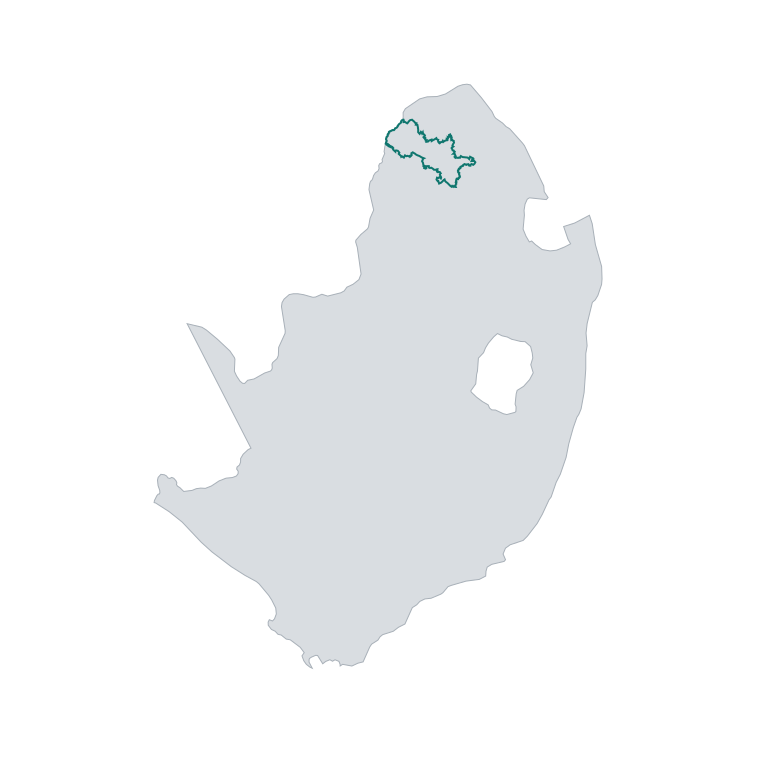 Capricorn, Limpopo, South Africa shown in context, rotated 334°
{"feature_id": "47623444B39961875100415", "entity_name": "Capricorn", "entity_type": "district", "adm_level": 2, "iso_a3": "ZAF", "parent_name": "South Africa", "parent_adm1": "Limpopo", "projection": "natural_earth1", "projection_center": [29.178, -23.544], "detail": "fine", "context": "in_parent", "style": "outline", "palette": "teal", "viewbox_px": 768, "rotation_deg": 334, "n_neighbors": 0, "source": "geoboundaries", "source_scale": "gbopen_adm2", "svg_char_len": 9505}
<svg xmlns="http://www.w3.org/2000/svg" viewBox="0 0 768 768"><g transform="rotate(334 384 384)"><path d="M523.9,145.9L541.0,143.4L548.6,144.8L557.8,148.9L566.4,150.3L581.0,148.8L586.0,149.5L590.0,150.9L592.8,153.1L597.0,169.2L600.5,186.5L600.4,192.0L600.9,194.2L605.0,201.5L606.5,206.1L608.9,209.8L614.1,228.2L614.7,231.4L614.4,276.0L612.3,281.4L613.2,288.4L610.7,289.4L596.3,280.4L593.8,280.7L589.7,284.1L586.0,289.3L584.2,293.8L576.9,305.8L576.4,313.4L576.9,320.0L579.4,320.2L581.1,324.9L585.0,332.4L591.6,337.2L597.8,339.4L606.4,340.0L613.2,339.8L612.8,334.8L614.5,321.2L625.8,322.9L642.6,322.4L641.4,331.2L635.1,351.3L631.1,373.8L626.0,385.2L623.2,389.9L615.0,398.2L610.7,401.0L607.1,401.9L593.1,418.7L587.9,426.8L583.3,438.7L578.7,445.1L571.9,459.0L560.1,479.4L550.2,492.8L545.8,496.7L542.8,498.5L535.0,506.2L523.9,518.7L515.5,529.8L502.9,542.4L495.6,547.9L484.7,558.8L481.6,560.4L469.3,570.4L460.5,576.5L446.2,583.6L440.5,585.6L426.9,583.8L421.2,584.8L416.5,589.0L416.2,595.2L414.2,596.1L401.7,593.3L396.5,593.8L393.6,597.0L391.2,601.2L384.0,601.4L371.2,597.1L356.2,594.5L352.7,594.2L345.5,597.4L343.0,597.8L332.4,597.2L326.5,595.1L320.9,595.1L316.6,596.8L311.4,597.4L297.6,608.9L290.3,609.0L284.0,610.3L272.9,608.7L269.6,609.5L266.3,611.5L258.8,612.4L255.9,614.1L243.4,624.6L238.2,623.5L231.5,623.4L223.9,617.8L221.0,618.2L221.7,616.5L221.9,613.5L219.1,610.4L216.2,610.6L214.5,608.1L210.0,607.8L206.3,608.6L205.3,598.9L203.6,597.9L199.0,597.7L196.8,598.0L195.8,598.9L194.7,601.2L194.9,608.0L193.3,606.0L191.3,601.9L190.6,597.6L191.1,592.4L194.5,590.5L193.3,584.0L187.6,572.8L184.3,570.4L181.6,564.6L179.0,562.5L177.8,558.5L175.2,555.2L174.2,550.1L175.5,547.2L177.6,545.6L179.9,548.1L182.6,547.1L186.4,543.5L188.5,537.9L188.4,528.9L187.7,523.3L184.1,508.8L182.6,505.5L175.2,495.1L166.7,481.3L155.7,459.4L150.4,446.2L142.1,419.7L135.0,404.7L126.5,390.7L125.4,389.8L126.6,388.1L130.9,384.8L132.8,384.0L133.9,384.4L134.9,383.5L135.8,381.3L136.4,376.3L138.3,371.1L140.1,368.9L143.9,367.4L146.9,369.4L148.2,371.3L148.7,373.8L150.1,375.0L152.2,374.9L153.7,376.5L154.6,379.7L154.5,382.0L153.4,383.4L153.6,385.3L155.1,387.7L156.9,392.8L164.9,395.5L169.4,395.8L173.6,397.2L177.7,399.5L184.2,400.0L193.3,398.8L200.8,399.4L206.7,401.6L211.0,402.0L213.6,400.6L214.7,398.5L214.3,395.9L215.5,394.2L218.5,393.5L220.8,391.4L222.5,388.1L226.6,385.4L233.1,383.4L236.3,383.4L233.5,243.5L245.2,253.1L248.0,257.6L253.9,270.7L260.0,286.8L261.1,294.6L260.9,296.3L255.1,307.0L255.0,312.2L255.8,318.3L257.2,321.4L259.0,322.4L263.1,320.9L269.4,322.5L281.6,321.8L287.6,322.6L289.1,322.1L290.5,320.8L292.0,317.1L293.4,315.9L299.0,314.3L301.5,312.1L305.4,304.9L317.3,295.1L318.6,292.8L325.8,269.4L328.1,266.1L331.4,263.9L338.0,262.1L341.9,263.1L346.1,265.1L350.9,268.5L358.1,274.9L360.5,275.8L367.5,276.1L371.9,280.3L385.2,283.1L389.0,282.9L393.1,280.7L399.9,280.8L407.2,279.2L411.6,275.1L419.9,249.5L420.8,243.9L421.8,242.4L428.7,239.5L437.2,237.3L438.9,236.1L444.1,229.0L451.0,223.1L455.7,202.7L458.9,197.8L460.8,195.8L462.0,195.8L463.8,194.5L466.1,192.0L468.8,190.4L472.0,189.9L474.0,188.2L475.0,185.4L476.6,184.1L478.9,184.2L480.2,183.3L480.6,181.5L485.7,177.1L485.9,175.3L488.8,171.0L494.6,164.2L500.1,160.4L505.2,159.6L514.7,156.1L518.1,152.8L520.2,148.4L523.9,145.9ZM508.5,447.3L516.8,443.9L523.0,439.4L524.4,431.0L529.1,425.9L530.8,421.2L532.2,414.6L529.4,407.8L525.5,405.7L518.4,399.8L515.4,395.8L511.2,392.4L508.1,388.4L503.3,389.7L495.8,393.0L491.1,396.0L487.2,399.5L480.2,402.1L473.7,413.3L471.5,415.9L466.5,424.1L459.0,428.2L458.9,429.6L461.4,436.4L464.8,443.0L468.5,448.5L468.3,451.9L469.5,454.5L472.8,456.3L478.3,463.1L481.0,465.3L489.3,466.9L490.5,466.5L492.7,462.4L493.0,459.6L498.5,450.8L500.9,448.1L508.5,447.3Z" fill="#d9dde1" stroke="#a8b0b8" stroke-width="1"/><path d="M517.4,155.2L517.1,155.3L516.6,155.0L515.9,154.8L515.6,154.8L515.2,155.0L514.5,155.4L514.4,155.5L514.5,156.0L514.4,156.4L513.1,156.7L512.7,156.8L511.4,157.0L510.9,157.3L510.5,157.4L510.3,157.6L510.2,157.8L509.8,158.1L509.5,158.0L509.3,158.1L509.1,158.3L508.9,158.6L508.4,159.0L507.6,159.2L506.3,159.1L505.9,159.1L505.2,159.8L504.9,159.9L504.6,160.1L504.3,160.2L504.1,160.2L503.7,159.8L503.2,159.5L502.5,159.6L502.3,159.5L502.0,159.4L501.4,159.6L500.9,159.5L500.4,159.5L500.1,159.4L499.6,159.6L499.2,159.5L498.9,159.6L498.6,160.2L498.3,160.5L497.7,161.0L497.4,160.9L497.2,161.1L496.8,161.2L496.6,161.4L496.5,161.9L496.4,162.1L496.1,162.3L495.8,162.8L495.4,162.8L495.1,162.9L494.9,163.1L494.6,163.1L494.2,163.6L493.7,164.0L493.1,164.9L493.0,165.3L493.1,166.0L493.1,166.5L492.9,166.7L492.7,167.1L492.5,167.3L491.8,167.6L491.4,168.2L491.0,168.6L492.2,169.5L491.5,169.9L492.8,170.9L492.1,171.2L493.3,172.3L492.6,172.6L493.7,173.9L494.3,173.2L495.4,174.6L495.7,175.8L495.0,175.9L495.1,177.7L496.0,180.0L496.1,179.8L497.2,179.3L498.7,180.5L499.2,182.8L498.1,183.6L498.5,184.7L499.3,186.6L499.1,187.4L500.0,187.3L500.3,187.9L501.1,189.2L502.3,188.2L503.1,187.7L503.8,189.0L505.1,189.2L506.0,190.2L506.8,190.2L506.9,191.2L508.4,190.8L509.0,190.5L508.9,190.3L508.9,190.0L509.3,189.7L509.5,189.6L509.5,189.3L509.7,189.0L509.8,188.6L511.4,188.4L512.2,189.7L512.7,190.3L513.3,191.7L514.3,193.1L515.5,194.3L516.5,195.7L517.0,196.6L518.8,198.6L517.6,198.6L517.3,199.3L515.9,200.4L516.0,202.4L515.3,204.7L516.1,205.7L515.0,205.9L515.2,206.5L515.0,207.4L514.8,207.6L515.9,208.7L516.8,208.5L517.3,206.7L518.7,207.3L519.8,207.8L519.3,209.2L520.0,210.0L521.3,210.3L522.2,211.7L522.8,213.3L524.5,214.2L525.7,214.2L526.2,214.4L524.7,216.1L524.7,216.4L525.0,216.9L525.7,216.6L525.8,217.4L526.5,217.6L527.1,218.0L527.3,219.4L527.1,219.4L525.9,220.4L525.9,221.6L526.0,222.7L525.8,223.7L525.2,224.2L524.5,222.4L523.0,222.7L522.1,221.8L520.8,223.3L521.2,225.2L521.8,225.3L521.4,228.0L523.4,228.1L525.2,227.6L527.2,226.8L528.1,226.7L527.9,228.2L528.4,229.8L529.1,231.0L530.5,235.1L531.2,236.3L532.1,235.8L532.6,237.1L533.6,236.7L534.1,237.9L534.8,238.3L534.8,238.0L534.7,237.7L535.0,237.4L535.1,237.1L535.4,236.9L535.6,236.4L536.3,235.8L536.5,235.8L536.5,235.6L536.7,235.3L537.0,235.2L537.3,234.9L537.4,234.6L537.3,234.3L537.1,234.1L537.5,233.8L537.8,233.8L537.9,233.5L537.7,233.1L538.0,232.8L538.2,232.7L538.3,232.5L538.4,232.4L538.5,232.1L538.8,231.7L539.2,231.5L539.3,231.4L539.5,231.6L539.5,231.9L539.6,232.0L540.0,232.0L540.4,232.3L540.5,232.1L540.7,231.8L540.9,231.7L541.0,231.5L541.3,231.5L541.5,231.7L541.7,231.8L541.9,231.7L542.3,231.5L542.6,231.4L542.8,231.3L542.7,231.0L543.0,230.8L542.9,230.6L542.9,230.3L543.0,230.1L543.3,230.0L543.3,229.7L543.4,229.2L543.3,228.8L543.3,228.6L544.2,227.3L544.1,227.2L543.8,227.2L543.7,227.1L543.7,226.8L543.5,226.5L543.5,226.4L543.8,226.3L543.9,225.9L543.9,225.7L543.8,225.4L543.8,225.1L544.0,225.0L544.0,224.6L544.3,224.3L544.6,224.2L545.0,224.1L545.3,224.1L545.4,223.8L545.4,223.5L545.7,223.3L545.9,223.5L546.8,223.6L547.6,223.3L547.7,222.8L547.6,222.5L547.7,222.4L547.8,222.4L548.0,222.5L548.4,222.3L548.6,222.4L549.7,222.5L549.8,222.4L550.0,222.2L550.4,222.2L550.8,222.5L550.9,222.4L551.0,222.0L551.1,221.9L551.3,221.8L551.5,221.9L551.9,221.7L552.4,221.7L552.6,221.8L552.9,221.7L553.1,221.9L553.2,222.2L553.3,222.4L553.9,223.0L554.1,222.9L554.3,223.1L554.7,223.0L554.9,223.2L556.1,223.3L556.3,223.6L556.2,224.0L556.3,224.3L556.3,224.5L556.2,224.8L556.3,225.1L556.5,225.1L556.8,225.3L557.1,225.3L557.3,225.5L557.4,225.3L558.0,224.9L558.3,224.9L558.7,224.7L559.2,224.7L559.3,224.8L559.3,225.0L559.5,225.2L559.6,225.3L559.7,225.5L560.1,225.7L560.3,226.1L560.9,226.0L561.9,225.7L563.3,224.7L562.7,222.4L562.3,222.8L560.4,222.0L561.5,221.1L562.8,220.5L563.1,220.5L563.1,220.3L561.9,218.8L561.0,217.5L559.2,219.2L558.5,217.2L554.0,214.4L553.0,212.8L552.1,213.3L551.6,213.9L551.3,213.7L550.6,213.6L550.2,213.2L549.7,213.2L548.5,212.5L548.4,212.3L548.3,211.8L547.8,211.9L547.3,212.0L547.0,210.9L547.5,210.8L548.0,210.6L548.1,210.4L548.4,210.0L548.3,209.6L548.2,209.1L548.4,208.7L548.0,208.4L548.4,207.3L547.8,207.2L548.7,206.8L549.4,206.2L548.9,205.3L549.0,204.8L548.1,204.1L548.1,203.6L548.3,203.0L548.1,201.7L548.4,201.3L549.5,201.1L550.4,201.0L550.0,200.2L550.0,199.7L550.7,199.1L551.6,198.4L552.1,198.2L552.8,197.6L553.0,196.4L553.2,196.2L552.1,194.9L552.5,194.5L552.2,193.5L551.6,193.7L551.9,192.9L552.3,192.2L552.6,192.4L553.0,192.0L552.9,190.9L553.1,190.4L552.8,190.1L552.9,188.7L551.6,188.7L551.3,189.5L551.3,190.2L551.2,190.4L550.9,190.3L550.6,190.2L550.3,190.5L550.0,190.5L549.6,190.0L549.5,190.3L549.5,190.9L549.4,191.1L549.0,191.3L548.6,191.1L548.4,191.4L548.3,191.8L547.8,191.3L547.4,192.5L546.6,192.2L545.6,192.1L544.2,192.2L543.4,192.4L543.4,191.3L542.5,191.9L541.4,191.7L540.1,191.1L539.8,192.0L539.5,192.1L539.4,192.0L539.3,191.8L539.2,191.4L539.3,191.2L539.5,190.9L539.5,190.6L539.3,190.4L538.9,190.0L539.3,188.9L539.3,188.6L539.7,188.3L539.6,188.2L538.9,187.2L538.7,187.0L538.7,186.6L538.6,186.3L538.7,186.0L537.7,186.1L536.8,186.3L535.2,186.3L533.4,186.5L533.9,185.2L531.2,184.9L529.9,185.4L528.3,184.9L529.2,183.6L528.2,183.4L528.5,182.3L528.3,182.3L527.8,179.9L528.8,180.2L528.5,179.2L529.7,178.6L529.6,177.9L529.3,177.2L528.9,175.9L529.2,174.8L528.0,175.6L528.0,174.4L527.7,173.5L526.8,174.1L525.7,174.8L525.4,173.8L525.1,172.7L525.4,172.0L526.0,170.9L526.5,169.7L526.6,169.1L526.9,168.5L527.6,165.8L526.3,164.9L527.5,163.9L526.5,163.0L526.2,161.5L525.4,159.7L525.1,158.8L523.2,158.3L521.8,158.7L521.0,159.0L520.3,159.5L519.1,159.9L518.6,159.1L517.7,157.6L516.7,157.3L516.8,157.1L516.8,156.7L517.2,156.4L517.2,155.6L517.4,155.3L517.4,155.2Z" fill="none" stroke="#0f766e" stroke-width="2"/></g></svg>